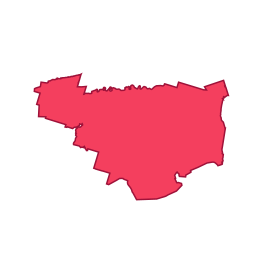 the district of Ances pag., Ventspils, Latvia, rotated 13°
{"feature_id": "27541924B94862337906440", "entity_name": "Ances pag.", "entity_type": "district", "adm_level": 2, "iso_a3": "LVA", "parent_name": "Latvia", "parent_adm1": "Ventspils", "projection": "mercator", "projection_center": [21.993, 57.524], "detail": "fine", "context": "isolated", "style": "filled", "palette": "rose", "viewbox_px": 256, "rotation_deg": 13, "n_neighbors": 0, "source": "geoboundaries", "source_scale": "gbopen_adm2", "svg_char_len": 5386}
<svg xmlns="http://www.w3.org/2000/svg" viewBox="0 0 256 256"><g transform="rotate(13 128 128)"><path d="M210.4,60.1L193.3,70.6L195.9,73.3L193.1,73.8L167.0,72.0L166.6,77.6L153.8,76.7L153.6,77.0L153.6,77.8L153.5,78.2L153.1,78.7L152.5,79.2L150.3,79.3L146.2,80.5L144.7,81.8L143.8,82.9L143.3,83.8L142.5,84.9L142.2,85.1L141.5,85.1L140.1,84.5L138.6,85.3L138.2,85.4L137.7,85.3L136.1,84.1L134.3,84.0L133.9,84.4L132.9,85.7L132.3,86.8L131.8,87.1L131.2,87.2L130.8,86.7L130.7,86.2L130.8,85.2L130.5,84.5L130.3,84.3L129.9,84.2L129.4,84.6L129.0,85.3L128.9,85.7L128.6,87.2L128.5,87.5L128.2,87.8L126.7,87.5L126.2,87.2L125.5,87.2L124.9,86.7L124.4,86.0L124.0,85.7L123.0,85.2L122.4,85.2L121.6,85.8L121.3,86.2L121.3,87.5L121.5,88.5L121.6,88.8L121.9,89.1L121.9,89.3L121.8,89.6L121.3,89.9L120.7,90.0L120.2,89.7L120.2,88.2L120.2,87.9L119.9,87.5L119.3,87.4L118.3,88.3L117.7,88.5L117.3,88.3L117.1,88.4L116.8,88.6L116.7,88.9L116.6,89.1L116.2,89.3L115.9,89.6L115.9,89.8L116.3,90.2L116.3,91.1L116.4,91.4L116.0,91.9L115.2,92.3L112.7,93.0L111.3,92.3L110.7,92.1L110.3,92.1L109.1,92.6L108.3,92.8L107.5,92.7L106.7,92.3L106.3,92.2L104.5,92.1L103.6,92.8L103.5,93.2L103.6,94.0L103.9,94.4L104.0,94.9L103.8,95.2L103.4,95.6L102.6,96.0L102.0,95.8L101.7,95.5L101.7,95.1L101.8,94.7L102.0,94.3L102.7,93.6L102.8,93.0L102.8,92.7L102.6,92.4L102.3,92.1L102.1,92.0L101.7,92.0L101.3,92.3L101.1,92.7L101.0,93.3L100.9,93.6L100.5,94.0L100.6,94.6L99.9,95.2L99.5,96.2L99.3,96.4L98.7,96.7L98.0,96.6L97.5,96.3L97.4,96.0L97.3,95.0L97.1,94.2L96.9,94.0L96.3,93.7L95.5,93.8L95.2,94.1L95.1,94.5L95.1,94.9L95.3,95.2L95.9,95.4L96.3,95.8L96.5,96.3L96.4,96.5L96.0,96.7L95.8,96.7L95.2,96.5L94.6,96.1L94.1,96.1L93.1,96.7L92.2,96.7L92.0,96.9L91.8,97.1L91.4,98.3L91.4,98.8L91.2,99.0L90.3,99.6L89.9,99.6L89.7,99.3L89.7,98.9L89.8,98.7L89.8,98.4L89.5,97.5L89.2,97.3L88.9,97.3L88.5,97.6L87.7,98.6L87.2,98.9L86.7,99.0L85.9,99.7L84.6,100.4L84.5,100.6L84.5,101.3L84.7,101.6L84.8,102.1L84.8,102.3L84.5,102.6L83.1,103.1L81.6,103.1L80.5,103.5L78.9,103.7L78.4,103.9L78.0,104.7L77.4,105.0L78.0,96.9L73.4,98.4L69.4,99.2L69.7,93.7L69.6,93.8L69.8,92.7L70.1,86.6L70.2,86.1L69.0,87.1L68.5,87.1L68.4,87.3L68.2,87.3L68.1,87.5L67.8,87.5L67.5,87.7L67.2,87.8L65.7,88.4L64.2,89.3L63.6,89.4L63.4,89.6L63.4,89.8L62.7,89.9L62.5,90.2L62.4,90.3L62.0,90.4L61.4,90.4L61.2,90.6L60.7,90.7L60.5,91.0L59.9,91.3L59.3,91.5L59.2,91.6L58.8,91.8L58.5,91.6L58.3,91.7L58.2,92.0L57.7,92.0L57.5,92.3L56.3,92.7L56.0,92.7L55.4,93.1L53.3,93.7L52.9,93.9L52.6,93.9L52.6,94.1L51.7,94.4L51.6,94.9L51.5,95.1L51.2,95.1L51.1,94.9L51.0,95.1L50.5,95.3L50.2,95.3L50.2,95.1L50.1,95.3L49.9,95.4L49.3,95.4L48.8,95.6L48.5,95.5L48.4,95.7L48.2,95.6L48.3,95.9L48.1,96.1L47.8,96.3L47.2,96.2L47.2,96.4L46.8,96.8L46.7,96.8L46.0,97.3L44.7,97.6L43.9,97.6L43.8,97.8L42.6,98.5L41.9,99.3L41.2,99.7L40.8,99.8L39.8,100.3L39.7,100.5L40.0,101.4L39.9,101.6L39.5,102.0L38.7,102.4L33.0,102.9L33.3,107.2L33.3,107.4L29.2,109.8L28.1,110.7L28.5,113.4L34.5,113.8L34.1,119.6L33.7,125.5L36.3,125.7L38.3,137.0L45.4,135.6L45.4,137.1L66.7,138.7L66.5,141.2L68.3,141.1L68.5,140.5L74.2,141.0L75.5,139.4L77.7,138.7L79.3,137.2L80.0,136.4L80.0,134.9L80.7,135.0L82.2,134.9L82.4,134.2L82.7,134.5L82.9,135.0L83.1,135.2L83.1,135.4L83.0,135.6L82.5,136.0L82.1,136.9L81.6,137.6L81.0,138.1L80.2,137.9L79.1,138.4L78.3,139.9L77.7,140.4L77.6,140.6L77.5,142.0L77.7,142.5L78.3,143.7L78.1,144.5L78.1,144.8L78.9,145.2L78.6,145.8L78.6,146.2L78.6,146.4L78.6,146.8L79.8,147.7L79.9,148.1L79.2,149.8L79.4,152.2L78.4,154.7L78.4,155.7L78.7,156.4L84.6,156.5L86.3,157.7L86.9,157.2L87.9,157.0L89.7,157.1L89.0,156.3L89.6,155.7L90.5,156.9L90.8,157.0L91.1,157.8L91.8,158.3L92.6,159.3L93.2,159.0L93.5,159.0L93.4,158.4L93.6,158.4L93.6,157.3L104.8,158.1L103.7,174.9L105.0,175.0L105.4,175.2L111.8,175.6L113.4,175.6L120.5,176.1L119.7,187.3L121.9,187.5L128.4,181.7L131.1,179.1L133.6,178.4L134.1,178.5L134.6,178.3L134.9,178.5L135.2,178.6L135.6,178.9L138.3,179.2L139.6,179.5L139.7,181.0L140.1,182.1L140.7,183.1L143.9,185.7L144.5,186.4L145.3,187.2L146.5,189.4L147.6,190.3L152.5,195.9L170.0,191.2L171.9,190.7L180.2,185.9L182.2,184.0L189.4,178.5L193.1,172.2L193.4,171.7L192.6,170.0L189.2,169.8L188.0,170.4L187.7,170.2L185.1,166.8L185.7,166.3L184.1,163.6L185.1,160.9L185.9,160.5L185.6,160.1L185.8,159.9L186.5,160.5L188.1,161.4L188.3,162.5L189.0,163.6L195.1,162.7L195.0,160.8L199.0,157.2L198.9,157.1L199.1,156.8L198.9,156.6L199.1,156.3L198.5,155.3L205.0,150.6L212.9,144.3L217.8,142.3L219.1,142.0L220.1,142.1L221.2,142.5L223.1,143.6L223.6,143.9L224.1,144.5L225.9,143.5L227.9,142.2L227.9,141.6L227.7,141.6L227.9,141.5L227.8,141.2L227.5,141.0L227.6,140.7L227.4,140.6L227.5,140.2L227.3,140.0L227.4,139.9L227.8,139.7L227.7,139.3L227.8,139.0L227.9,138.9L227.8,138.5L227.9,138.3L227.5,137.6L227.2,137.1L227.0,136.9L227.2,135.7L227.1,135.0L226.8,132.2L225.6,131.8L225.6,130.6L225.3,130.0L224.8,129.1L224.6,128.5L224.2,127.2L224.3,127.1L224.2,125.2L222.9,106.2L222.6,106.3L219.6,100.9L218.0,99.9L217.2,99.2L216.3,96.8L215.8,96.3L215.2,95.0L215.3,94.1L214.9,92.8L214.8,91.0L214.6,90.0L214.7,89.6L214.4,88.9L214.1,84.8L214.1,83.8L214.1,81.9L214.0,81.1L214.1,80.3L214.1,78.9L214.3,78.9L214.2,78.8L214.3,78.6L214.2,78.4L214.2,78.2L213.9,78.0L214.0,77.9L213.9,77.9L214.1,77.7L214.0,77.4L214.2,77.0L214.5,76.8L214.3,76.6L214.3,76.4L214.1,76.2L214.2,75.9L215.5,76.1L217.4,73.9L218.5,73.7L214.1,66.2L213.3,66.1L212.8,65.3L213.3,65.0L210.4,60.1Z" fill="#f43f5e" stroke="#9f1239" stroke-width="1.5"/></g></svg>